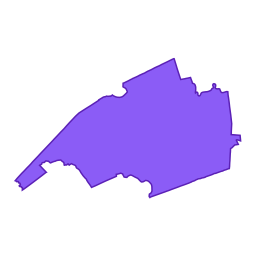 Cojasca, Dâmbovita, Romania
{"feature_id": "2599482B36729766611889", "entity_name": "Cojasca", "entity_type": "district", "adm_level": 2, "iso_a3": "ROU", "parent_name": "Romania", "parent_adm1": "Dâmbovita", "projection": "robinson", "projection_center": [25.841, 44.719], "detail": "fine", "context": "isolated", "style": "filled", "palette": "violet", "viewbox_px": 256, "rotation_deg": 0, "n_neighbors": 0, "source": "geoboundaries", "source_scale": "gbopen_adm2", "svg_char_len": 5600}
<svg xmlns="http://www.w3.org/2000/svg" viewBox="0 0 256 256"><path d="M95.3,185.8L100.4,183.4L105.8,180.9L112.5,178.0L116.4,176.3L116.3,174.3L117.2,174.2L119.1,173.7L120.2,173.4L120.7,173.2L122.6,173.9L122.9,174.6L123.2,175.3L123.7,176.1L124.1,177.0L125.4,177.3L126.9,177.4L127.8,176.3L128.8,175.7L130.6,175.0L131.3,175.2L131.8,175.3L134.9,177.0L137.8,178.4L140.0,180.7L140.9,181.6L141.8,182.0L143.3,181.7L145.7,180.4L147.7,180.8L149.4,182.0L151.4,184.4L151.9,186.5L152.0,190.4L151.8,191.6L151.4,192.3L150.9,193.1L149.4,194.1L149.2,195.3L149.2,196.6L149.9,197.5L150.3,197.1L156.7,194.8L165.7,191.6L166.4,191.3L168.5,190.6L169.8,190.1L171.3,189.5L177.3,187.3L178.9,186.7L180.4,186.1L185.0,184.5L189.3,182.9L190.8,182.2L191.0,182.2L191.7,181.8L192.1,181.5L193.1,181.2L194.6,180.7L195.9,179.9L197.1,179.4L198.4,178.8L199.6,178.7L200.7,178.5L201.5,178.1L202.2,177.9L203.1,177.8L203.8,177.6L204.7,177.4L205.2,177.2L205.3,177.0L205.7,176.8L206.5,176.5L210.9,175.0L212.5,174.4L213.5,173.9L214.0,173.6L215.7,173.3L216.3,173.1L216.7,172.9L216.8,172.9L221.3,171.3L221.6,171.2L222.8,171.0L223.2,170.7L223.7,170.4L224.3,170.2L225.6,169.8L226.3,169.6L226.9,169.3L227.8,169.0L228.6,168.7L229.3,168.6L229.6,166.0L229.6,165.3L229.7,163.0L229.9,160.6L230.0,158.4L230.1,156.4L230.2,154.4L230.3,152.7L230.4,152.4L230.5,149.6L230.6,148.5L231.9,147.8L234.7,145.0L238.3,144.4L236.3,140.1L236.6,139.8L237.0,139.8L237.5,139.8L238.0,140.0L238.6,140.2L239.4,140.5L240.6,140.9L240.6,140.7L240.1,135.3L231.2,134.6L231.3,132.1L231.3,131.4L231.7,123.7L230.7,114.7L229.6,106.6L229.3,103.8L229.0,101.4L228.4,97.0L228.3,96.8L228.3,96.6L228.0,94.4L228.0,93.7L227.9,93.1L227.9,92.5L227.8,91.7L226.9,91.6L226.5,91.6L223.1,92.6L222.3,92.6L221.8,92.6L221.3,92.3L220.9,91.8L220.7,91.5L219.7,89.0L218.8,88.7L218.4,88.8L217.8,88.9L216.9,88.8L216.2,88.7L215.7,88.4L215.3,87.9L215.3,87.3L215.6,86.4L215.7,85.7L215.7,85.1L215.4,84.3L214.6,83.9L213.9,83.7L213.2,84.0L213.0,84.5L212.8,84.9L212.8,85.4L213.0,86.1L213.4,86.9L213.5,87.3L213.4,87.8L212.6,88.2L211.9,88.7L211.4,89.8L210.5,90.5L209.5,91.0L208.4,91.4L207.2,91.7L204.2,92.0L203.0,92.2L202.3,92.4L201.9,92.6L201.5,92.8L201.1,93.3L200.4,94.9L200.1,95.4L199.7,95.8L199.1,95.9L198.6,95.7L198.3,95.5L198.1,95.3L197.9,94.8L197.9,94.3L197.9,93.4L197.8,93.0L197.6,92.8L197.4,92.4L197.1,92.2L196.7,92.1L196.4,92.2L196.0,92.5L195.5,92.9L195.4,92.3L195.7,90.1L195.7,89.1L195.7,87.2L195.5,86.2L195.3,85.6L195.2,85.2L194.9,84.7L194.5,84.2L194.2,83.9L193.8,83.7L193.1,83.4L192.5,83.3L192.2,82.3L192.2,82.1L192.0,81.6L191.6,80.6L191.4,80.0L191.2,79.5L191.0,78.9L190.7,78.3L190.7,78.0L190.5,77.5L190.4,77.5L190.1,77.6L189.6,77.7L188.4,78.0L187.5,78.2L187.3,78.2L186.8,78.3L186.3,78.4L185.7,78.5L185.2,78.7L183.4,79.0L180.7,79.5L177.7,70.4L176.7,67.2L176.4,66.1L174.3,59.3L174.1,58.7L173.7,58.7L172.3,59.3L167.9,61.5L162.9,63.9L162.4,64.1L161.8,64.4L159.8,65.5L159.2,65.8L157.1,66.7L154.7,67.8L152.7,68.9L150.8,69.9L150.1,70.2L149.6,70.4L148.9,70.8L148.2,71.0L145.3,72.6L145.0,72.8L144.6,73.1L144.0,73.3L143.2,73.6L142.5,73.9L141.4,74.4L140.8,74.7L140.4,74.9L140.0,75.0L138.2,76.0L137.2,76.5L136.3,76.9L135.5,77.3L134.7,77.6L134.1,77.9L133.7,78.1L133.4,78.2L133.1,78.4L132.9,78.4L132.6,78.5L131.9,79.0L131.7,79.1L131.3,79.3L130.8,79.5L130.2,79.8L128.6,80.7L127.1,81.4L126.2,81.9L125.8,82.0L124.3,82.8L123.1,83.2L123.1,83.6L123.0,86.8L123.6,87.2L124.5,87.7L125.3,88.1L125.9,88.7L126.2,89.2L127.1,91.1L127.3,91.9L127.2,92.1L126.4,93.1L123.8,95.6L122.8,96.4L121.6,97.0L119.6,97.4L117.0,97.2L115.3,96.7L114.7,96.4L113.2,95.7L112.5,95.1L112.4,95.0L110.7,96.3L110.2,96.0L109.2,96.3L108.2,96.3L107.3,96.3L106.6,96.1L105.3,96.7L103.9,96.9L103.7,97.0L102.4,97.6L102.1,98.0L101.7,98.1L99.2,99.6L98.7,99.9L98.8,100.3L90.2,105.9L86.8,108.0L82.9,110.5L79.0,113.0L76.3,115.5L75.0,116.8L71.7,120.3L69.7,122.4L66.6,125.8L63.7,129.1L61.0,131.8L57.2,135.9L54.4,138.8L52.7,140.7L47.0,146.7L43.1,150.8L40.9,153.1L37.3,157.0L32.6,161.9L30.9,163.9L28.8,166.1L27.0,167.9L24.0,171.1L21.7,173.4L19.6,175.7L17.4,178.1L15.4,180.5L15.5,180.5L15.9,180.8L16.0,181.2L16.3,181.4L16.5,181.6L16.8,181.7L17.1,181.6L17.5,181.5L17.9,181.4L18.3,181.6L18.5,181.9L18.5,182.2L18.5,182.7L18.7,182.9L19.0,182.9L19.3,183.0L19.5,183.0L19.9,183.3L20.1,183.6L20.2,184.4L20.4,184.7L20.3,185.0L19.4,185.5L19.2,185.8L19.4,186.2L20.0,186.6L20.4,186.7L21.0,186.6L21.4,186.8L21.6,187.0L21.7,187.5L21.9,187.8L22.1,187.9L22.5,187.9L22.6,188.1L22.6,188.5L22.3,189.7L22.3,190.1L24.1,188.9L27.4,186.5L32.4,182.8L38.2,178.4L42.0,175.5L46.0,172.4L46.3,172.3L39.6,165.3L39.9,165.1L40.5,164.7L41.5,164.4L41.7,164.1L41.7,163.7L41.8,163.5L41.9,163.2L42.2,162.8L42.6,162.6L42.9,162.6L43.4,162.5L44.0,162.5L44.4,162.4L44.6,162.3L44.7,162.0L45.0,161.6L45.7,161.0L46.2,160.9L47.1,161.2L48.0,161.1L48.5,161.3L49.0,161.7L49.7,162.4L50.1,162.7L50.5,162.9L50.9,162.8L51.2,162.6L52.3,162.1L53.7,161.6L54.2,161.4L55.0,161.3L56.3,160.7L56.8,160.5L58.6,160.2L59.9,160.1L60.7,160.0L61.0,160.2L61.8,161.0L62.4,161.5L63.7,162.4L63.9,162.9L64.0,163.5L64.2,165.1L64.4,165.2L64.8,165.2L65.5,164.9L65.8,164.8L66.0,164.9L66.5,165.0L66.7,164.9L67.0,164.7L67.6,164.1L67.8,164.0L68.1,164.0L68.3,164.0L68.5,164.2L68.9,164.9L69.2,165.1L69.3,165.0L69.6,164.8L69.9,164.6L71.0,163.9L71.4,163.8L71.5,163.7L71.8,163.9L72.1,164.0L72.8,164.4L74.9,165.2L75.7,165.9L76.0,166.5L76.1,167.0L76.4,167.7L76.9,168.2L77.1,168.3L77.8,168.7L79.2,169.8L79.5,170.2L80.5,171.8L80.9,172.6L82.6,175.0L82.8,175.2L83.0,175.6L83.7,176.4L84.4,177.2L85.0,177.9L85.5,178.4L86.0,178.8L86.5,179.5L86.8,180.3L87.9,182.1L89.9,184.8L91.2,186.8L91.5,187.4L95.3,185.8Z" fill="#8b5cf6" stroke="#5b21b6" stroke-width="1.5"/></svg>